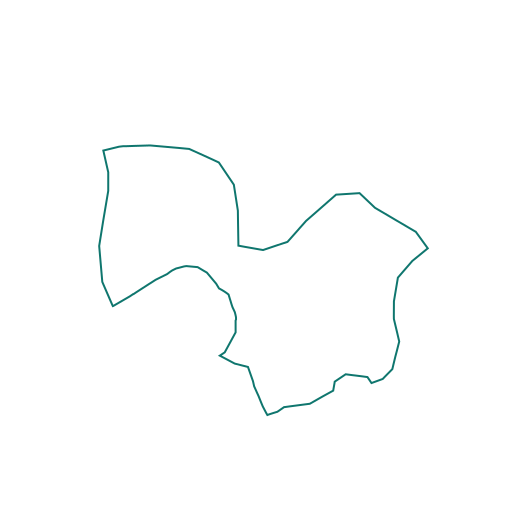 the district of Khawlan, Sana'a, Yemen, rotated 236°
{"feature_id": "15242507B89574765646204", "entity_name": "Khawlan", "entity_type": "district", "adm_level": 2, "iso_a3": "YEM", "parent_name": "Yemen", "parent_adm1": "Sana'a", "projection": "natural_earth1", "projection_center": [44.722, 15.275], "detail": "fine", "context": "isolated", "style": "outline", "palette": "teal", "viewbox_px": 512, "rotation_deg": 236, "n_neighbors": 0, "source": "geoboundaries", "source_scale": "gbopen_adm2", "svg_char_len": 1873}
<svg xmlns="http://www.w3.org/2000/svg" viewBox="0 0 512 512"><g transform="rotate(236 256 256)"><path d="M158.8,361.8L164.5,382.9L166.3,402.7L186.8,402.0L186.9,401.9L208.0,391.8L211.6,390.1L229.4,381.6L250.2,377.0L260.2,359.9L262.1,356.7L260.9,347.3L258.9,331.6L257.1,317.1L255.0,309.0L254.9,308.5L254.1,305.6L250.1,290.0L252.8,280.5L257.0,265.2L259.2,262.9L270.1,251.6L274.4,247.2L297.6,262.3L303.7,266.3L322.6,275.2L327.5,277.5L354.3,277.5L360.3,273.9L382.1,260.5L388.6,252.6L406.9,230.0L412.2,221.6L415.3,216.7L419.3,210.3L421.3,207.3L423.2,203.6L428.8,188.4L408.0,180.3L392.6,169.9L370.3,148.7L356.3,135.6L352.0,131.6L320.5,114.1L317.9,113.6L295.8,109.5L294.5,109.3L294.4,109.7L293.1,128.9L293.1,132.9L293.0,133.0L292.9,133.1L292.9,136.1L292.6,151.5L292.5,154.1L292.4,159.5L290.7,172.3L290.9,175.7L290.9,178.5L290.3,182.9L289.4,185.3L287.6,190.5L286.6,192.6L279.4,201.4L273.4,204.2L269.7,206.0L255.3,207.5L249.8,207.2L248.9,207.7L246.7,208.8L244.3,209.9L241.8,210.9L239.4,211.7L237.5,211.1L237.4,211.1L235.2,210.4L232.8,209.7L230.6,209.0L228.2,208.3L226.3,207.8L226.1,207.8L223.5,207.4L221.2,207.0L218.7,206.1L216.5,205.2L214.6,204.0L213.9,203.0L204.1,196.4L197.9,184.5L193.6,176.2L193.6,170.3L178.7,178.2L168.5,187.3L153.9,183.5L149.0,181.6L143.8,180.7L143.3,180.6L142.1,180.4L139.7,180.0L138.5,179.8L131.5,178.3L127.5,177.5L120.4,176.7L117.8,176.5L117.3,178.6L115.9,183.4L114.9,186.6L115.0,194.9L114.6,195.5L112.6,199.6L111.3,202.2L109.1,206.6L103.4,218.0L102.8,226.0L102.3,232.5L102.2,233.7L101.2,244.7L106.6,249.9L107.8,251.0L107.8,252.4L107.8,255.9L107.8,259.3L107.8,264.2L103.3,269.3L101.5,271.4L96.7,276.9L93.3,280.7L86.1,280.7L83.2,292.3L83.9,295.5L86.0,305.8L89.7,309.8L94.8,315.4L98.3,319.4L105.0,326.9L113.9,330.3L121.1,333.0L126.7,335.1L129.3,336.8L141.3,345.0L157.3,360.2L158.7,361.5L158.8,361.8Z" fill="none" stroke="#0f766e" stroke-width="2"/></g></svg>